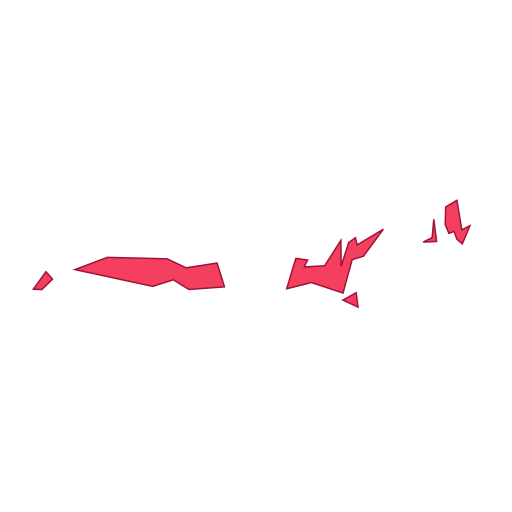 Palawan, Albers equal-area conic projection, rotated 46°
{"feature_id": "PHL-2534", "entity_name": "Palawan", "entity_type": "Province", "adm_level": 1, "iso_a3": "PHL", "parent_name": "Philippines", "parent_adm1": "", "projection": "albers", "projection_center": [119.135, 9.647], "detail": "coarse", "context": "isolated", "style": "filled", "palette": "rose", "viewbox_px": 512, "rotation_deg": 46, "n_neighbors": 0, "source": "natural_earth", "source_scale": "10m", "svg_char_len": 766}
<svg xmlns="http://www.w3.org/2000/svg" viewBox="0 0 512 512"><g transform="rotate(46 256 256)"><path d="M256.3,300.1L233.5,327.5L215.7,332.0L206.1,351.4L140.0,395.7L153.7,363.9L196.3,321.9L215.9,314.5L234.0,288.9L256.3,300.1ZM300.9,256.7L285.4,229.0L294.8,221.7L297.4,228.9L310.7,213.4L303.7,184.1L322.5,201.8L310.7,180.0L311.9,171.8L318.3,175.5L325.2,145.8L330.8,178.8L325.4,189.4L343.1,219.1L313.6,234.6L300.9,256.7ZM382.8,81.1L390.6,99.2L383.5,99.8L375.9,96.5L373.7,101.5L364.7,98.0L352.5,85.4L355.5,72.8L380.2,89.8L382.8,81.1ZM353.1,102.6L371.0,116.0L362.1,126.1L365.1,116.5L353.1,102.6ZM352.0,209.5L363.7,218.1L348.1,224.1L352.0,209.5ZM131.3,418.4L131.4,433.4L125.2,439.2L121.4,418.0L131.3,418.4Z" fill="#f43f5e" stroke="#9f1239" stroke-width="1.5"/></g></svg>